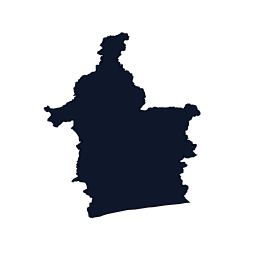 the district of Nosy-Varika, Vatovavy-Fitovinany, Madagascar, rotated 67°
{"feature_id": "10022922B12403701465046", "entity_name": "Nosy-Varika", "entity_type": "district", "adm_level": 2, "iso_a3": "MDG", "parent_name": "Madagascar", "parent_adm1": "Vatovavy-Fitovinany", "projection": "robinson", "projection_center": [48.047, -20.536], "detail": "fine", "context": "isolated", "style": "filled", "palette": "ink", "viewbox_px": 256, "rotation_deg": 67, "n_neighbors": 0, "source": "geoboundaries", "source_scale": "gbopen_adm2", "svg_char_len": 5774}
<svg xmlns="http://www.w3.org/2000/svg" viewBox="0 0 256 256"><g transform="rotate(67 128 128)"><path d="M38.7,117.2L40.1,118.4L40.4,119.8L41.3,120.8L41.9,119.6L42.9,120.0L44.1,119.1L45.5,120.1L45.6,121.6L46.1,121.5L46.2,122.0L46.0,123.1L46.5,124.2L46.3,125.7L47.4,126.5L49.7,124.4L49.9,123.1L51.6,122.0L52.7,123.4L52.8,124.0L52.2,124.5L53.2,125.7L53.8,125.4L54.2,125.7L54.8,124.7L55.3,125.6L56.3,125.9L56.5,126.5L56.2,127.1L57.3,128.5L58.6,129.0L59.5,129.8L58.3,132.3L58.6,132.9L59.2,132.8L60.5,133.7L61.7,133.8L62.8,134.6L63.5,134.7L63.8,136.9L63.0,139.4L63.8,141.9L63.6,143.6L64.2,145.2L62.9,147.3L62.6,149.3L62.9,150.1L63.4,150.0L63.6,151.8L64.7,152.8L64.7,154.4L65.4,155.1L66.7,155.2L66.8,155.8L66.0,157.6L66.1,158.1L69.1,159.8L70.2,161.1L70.3,162.0L72.0,162.5L73.0,161.9L73.7,163.0L76.1,162.9L76.8,164.3L77.5,162.1L78.5,162.2L79.0,162.9L79.4,165.1L81.4,166.3L80.7,168.0L81.9,168.9L81.3,170.9L81.6,171.8L81.4,174.1L82.7,176.0L82.5,178.8L83.4,180.0L83.1,183.1L81.7,189.6L80.7,191.0L80.5,191.9L78.8,192.9L78.0,192.7L76.8,193.4L77.7,194.5L77.0,196.6L77.2,197.1L77.9,196.9L78.7,197.3L79.2,196.4L80.4,196.6L81.3,195.5L81.2,194.0L84.5,192.8L86.9,193.4L87.9,195.9L88.5,196.7L88.6,198.2L88.7,197.9L89.9,198.6L91.9,195.6L93.4,195.2L94.0,194.1L95.0,194.8L95.9,194.6L96.6,195.5L98.2,194.2L99.1,192.5L98.3,191.7L97.6,188.6L96.2,185.4L96.5,184.2L97.7,182.6L97.8,181.0L98.8,179.0L98.9,178.4L98.3,176.7L98.5,176.1L99.4,174.7L100.1,174.7L102.2,175.3L103.1,176.0L104.8,176.3L105.1,177.1L105.8,177.5L105.7,178.9L106.4,179.8L107.5,178.5L108.2,178.6L111.5,177.1L114.6,176.5L117.3,176.1L119.3,177.0L121.1,177.3L121.6,175.2L122.0,175.3L122.8,176.0L123.9,178.4L123.8,179.5L124.3,180.1L124.3,182.0L125.2,182.3L127.0,181.8L126.6,180.8L126.9,180.4L128.2,181.3L128.6,179.9L129.1,179.7L131.5,182.1L132.5,182.7L134.4,182.9L135.6,183.7L136.8,185.3L139.1,186.4L139.2,187.4L140.2,187.0L141.9,189.3L143.0,188.1L143.8,190.2L144.2,190.3L144.7,189.6L145.1,189.6L146.1,190.2L146.7,191.1L147.9,191.7L149.6,191.8L150.1,193.1L150.4,193.1L151.0,192.2L153.8,192.4L154.3,198.0L155.3,200.0L155.8,199.6L155.3,198.5L156.3,196.3L156.9,193.1L158.3,193.0L160.3,189.4L161.0,188.5L162.6,187.8L165.7,188.0L168.5,188.7L168.8,193.2L169.3,193.5L169.8,193.4L170.9,192.1L172.7,191.7L174.9,189.4L176.8,189.4L177.6,188.0L179.0,187.5L181.6,189.4L183.0,189.8L183.2,190.7L182.6,192.1L183.0,192.6L185.6,193.5L186.0,194.3L186.1,196.3L186.5,196.7L188.6,197.3L189.9,196.9L194.2,198.1L195.4,197.2L195.8,196.0L196.3,195.8L196.4,194.1L198.0,187.8L197.9,185.9L198.5,180.3L202.7,159.8L205.1,153.1L208.4,140.1L210.0,135.5L213.2,123.3L217.6,109.4L218.6,104.6L219.8,101.2L215.8,103.2L213.7,103.5L212.2,104.5L211.9,104.2L211.7,103.4L211.3,103.2L211.2,101.7L210.0,100.6L209.5,99.0L208.2,98.5L207.0,96.7L205.7,96.0L204.4,96.4L203.3,97.4L202.4,100.6L202.0,100.8L199.8,100.3L197.8,98.9L195.4,100.0L193.2,99.3L193.1,98.9L191.9,99.4L190.4,99.3L190.0,98.8L190.2,97.8L189.6,97.1L190.2,95.2L189.9,94.7L189.2,94.8L188.0,93.8L187.2,94.1L185.4,93.6L185.8,89.7L185.6,88.8L185.0,88.5L183.5,89.8L182.4,89.5L181.7,89.8L181.0,92.4L180.2,93.4L179.5,93.8L178.3,93.7L177.8,92.9L177.9,92.2L177.6,89.8L176.6,88.5L175.5,87.9L177.7,86.3L178.9,83.9L178.8,82.6L179.2,80.2L179.8,79.1L179.4,76.1L178.5,77.2L178.2,76.8L175.2,78.0L173.7,78.1L173.4,77.5L173.5,75.3L172.9,75.1L172.1,73.7L170.7,72.1L170.2,72.0L169.8,72.2L168.6,75.3L167.7,75.6L167.0,74.9L166.0,75.0L165.0,76.0L163.7,76.5L161.9,79.1L161.4,78.8L160.8,79.1L160.5,78.1L160.0,78.1L160.4,77.2L159.6,77.3L158.5,76.7L158.0,76.9L157.3,77.9L157.0,77.9L156.3,78.9L155.9,78.9L155.1,77.5L154.3,77.6L152.5,76.8L152.0,75.8L152.5,75.1L152.3,74.1L149.4,72.5L148.7,71.2L147.8,71.1L146.6,70.3L145.4,70.4L144.8,69.6L144.3,66.5L141.8,64.0L142.2,62.1L142.7,62.5L143.1,62.0L142.4,59.5L143.6,58.9L143.5,57.0L142.4,56.0L141.5,56.4L141.0,56.1L139.8,56.4L138.7,57.4L137.9,57.3L137.6,57.6L136.8,57.1L134.3,57.1L132.4,59.7L131.7,61.6L130.2,62.2L130.0,62.6L129.5,64.0L129.6,65.5L130.2,66.3L131.1,66.7L131.3,67.7L132.3,68.7L132.4,69.4L132.0,70.4L130.4,71.7L130.0,73.4L128.6,75.5L128.5,76.9L126.9,77.7L126.3,79.8L126.9,80.0L126.8,80.8L126.1,80.6L125.4,81.3L125.4,82.8L124.3,86.2L122.8,88.9L122.9,90.0L122.2,90.4L121.8,91.5L121.8,92.5L120.1,94.4L119.3,96.0L119.8,98.2L118.7,99.2L118.2,101.2L118.7,102.1L119.4,102.4L119.2,103.5L119.5,104.4L118.9,106.2L117.3,108.7L117.5,109.5L117.3,109.7L116.2,110.1L113.7,109.0L113.9,108.0L112.9,106.3L112.4,106.2L112.1,104.1L111.4,102.8L110.3,103.7L109.9,103.4L109.9,102.5L109.1,102.1L108.0,101.9L107.7,102.6L107.3,102.7L106.4,102.1L106.0,101.5L106.4,100.8L105.5,99.8L104.9,100.0L101.5,99.3L100.0,99.6L98.5,99.2L97.7,99.5L96.6,102.0L96.0,102.3L95.1,102.0L93.4,104.1L93.1,105.6L91.6,105.3L91.1,106.6L90.0,106.5L89.6,105.5L88.3,105.9L87.5,106.8L87.1,106.8L86.4,106.0L85.5,106.2L85.1,105.3L82.7,103.6L81.6,104.2L79.8,103.7L78.9,105.1L76.0,105.9L74.9,107.2L75.0,108.0L74.0,109.6L73.4,109.6L72.6,108.6L72.1,108.9L71.7,109.9L69.9,109.8L67.9,108.7L67.6,108.9L67.6,109.4L68.5,109.8L68.7,110.4L68.4,111.2L67.5,111.7L66.6,110.6L66.1,110.5L65.1,110.8L64.6,110.6L64.5,111.7L64.1,112.0L63.0,111.3L61.9,111.8L61.6,111.2L61.0,111.5L61.0,110.8L59.9,111.5L59.4,111.3L59.4,110.6L58.7,109.8L58.6,108.9L57.6,107.6L57.7,106.3L57.2,105.9L56.2,106.6L54.5,104.9L53.6,104.5L54.2,102.2L54.9,101.5L54.7,100.4L53.6,100.3L53.1,99.3L52.1,99.3L51.4,98.9L51.0,99.2L50.5,98.3L48.1,99.4L46.6,99.0L45.1,96.6L46.3,94.2L46.3,93.3L44.8,92.6L44.4,91.9L43.1,92.7L41.5,92.1L40.8,92.7L40.3,94.5L38.9,95.6L38.1,96.9L38.2,97.4L38.9,97.6L38.7,99.7L39.2,101.3L38.6,102.3L39.1,103.5L38.7,103.8L38.8,104.9L37.9,105.6L37.6,107.3L36.5,108.2L37.4,109.6L37.0,109.9L37.2,110.8L36.4,110.7L36.4,111.3L36.9,111.5L36.9,112.0L36.2,115.0L36.7,115.8L37.5,115.8L37.8,116.3L38.7,115.8L38.9,116.2L38.7,117.2Z" fill="#0f172a" stroke="#020617" stroke-width="1.5"/></g></svg>